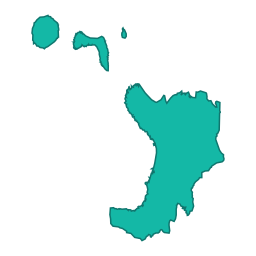 the district of Kota Manado, Sulawesi Utara, Indonesia
{"feature_id": "22746128B83673204362612", "entity_name": "Kota Manado", "entity_type": "district", "adm_level": 2, "iso_a3": "IDN", "parent_name": "Indonesia", "parent_adm1": "Sulawesi Utara", "projection": "equal_earth", "projection_center": [124.782, 1.539], "detail": "fine", "context": "isolated", "style": "filled", "palette": "teal", "viewbox_px": 256, "rotation_deg": 0, "n_neighbors": 0, "source": "geoboundaries", "source_scale": "gbopen_adm2", "svg_char_len": 5770}
<svg xmlns="http://www.w3.org/2000/svg" viewBox="0 0 256 256"><path d="M192.0,210.9L193.6,206.1L192.7,201.9L193.2,198.6L192.2,197.3L192.4,195.7L192.1,194.0L192.4,192.3L191.2,190.6L191.5,188.2L192.4,188.0L193.2,185.6L193.8,185.3L193.9,184.0L195.5,181.8L198.6,179.3L199.5,177.7L201.8,177.6L201.8,172.5L205.1,171.0L208.5,170.7L210.6,167.5L211.4,167.3L211.4,166.7L212.0,165.9L216.6,162.9L222.1,161.8L223.6,160.5L224.0,158.9L223.4,156.6L223.5,154.7L221.4,153.1L219.5,150.2L215.7,139.3L216.0,136.8L217.0,136.0L216.6,134.0L217.6,133.6L219.2,130.1L219.6,113.0L220.2,112.5L220.1,111.5L219.7,110.9L219.9,102.5L216.8,101.3L215.8,101.9L215.5,103.8L216.2,104.4L216.7,107.1L215.6,107.1L212.5,104.0L210.9,100.7L208.6,100.9L206.8,98.7L207.0,96.7L206.5,93.5L206.0,92.8L200.4,91.0L197.8,92.2L196.2,92.0L195.6,97.7L192.6,97.5L190.7,96.2L190.5,97.6L189.9,97.5L189.1,96.5L189.5,94.8L188.4,92.2L186.6,93.1L185.3,94.7L185.0,94.2L185.1,92.5L184.8,93.5L183.2,93.2L180.9,95.1L182.0,92.9L181.7,91.1L179.7,92.8L177.3,93.3L176.8,94.7L175.2,94.7L173.1,95.6L170.6,98.1L166.8,103.2L165.7,101.0L164.6,95.7L163.8,95.4L161.0,99.8L156.7,102.3L155.6,102.2L151.6,99.8L147.7,95.7L145.1,92.9L139.4,84.6L138.6,86.2L138.1,83.8L136.6,84.0L136.8,85.0L137.3,85.2L136.9,85.6L136.3,84.0L135.6,84.0L135.0,84.6L135.3,84.7L135.0,85.6L133.9,85.4L133.1,86.1L133.4,87.3L131.9,86.9L131.5,86.3L131.6,87.7L130.9,88.4L131.2,88.7L130.1,89.6L130.0,88.7L129.5,88.7L129.1,86.8L128.8,87.0L128.8,88.5L126.8,90.2L126.8,91.1L127.4,90.9L127.2,91.7L128.3,92.3L128.1,92.8L127.0,92.1L126.2,94.2L126.5,94.3L125.5,95.4L126.3,97.3L125.6,97.0L125.0,98.9L126.1,101.1L124.7,102.8L126.0,104.2L126.6,104.2L126.2,105.5L126.8,107.4L127.9,108.3L128.2,109.5L127.9,110.1L129.5,112.0L129.5,112.9L130.6,113.1L132.2,115.4L132.7,115.2L132.3,116.2L132.6,117.0L134.2,116.8L134.1,118.1L134.8,119.0L135.0,120.3L135.8,120.1L136.3,121.3L136.9,121.1L137.9,122.7L138.8,123.3L138.6,124.4L140.4,128.5L141.4,128.3L142.8,130.0L144.2,130.1L145.2,131.8L146.9,131.6L147.7,133.2L146.9,133.8L147.4,133.5L147.6,134.2L148.0,134.2L148.1,135.0L149.3,136.0L150.0,137.5L150.3,137.0L150.4,138.4L151.4,138.6L150.9,139.2L151.6,139.3L151.6,138.8L152.1,138.8L152.3,139.6L152.8,139.3L153.2,139.7L154.9,143.4L152.8,144.0L153.7,143.9L153.9,145.4L154.6,145.2L154.4,143.8L155.2,143.6L155.2,144.2L154.7,144.2L155.4,144.9L156.4,148.5L156.5,152.9L154.8,163.0L153.5,168.3L153.2,168.8L152.4,168.3L151.7,168.8L153.0,168.9L153.2,169.5L152.6,171.0L151.8,170.8L153.4,171.5L154.0,171.3L154.1,172.4L152.9,172.3L152.6,173.4L152.4,173.2L152.6,172.2L151.7,171.7L152.1,172.1L152.0,172.9L151.7,173.6L151.3,173.5L150.0,178.1L149.4,177.8L149.8,178.6L149.1,181.2L148.9,180.5L147.5,183.1L147.2,182.4L147.4,181.7L146.9,182.8L145.9,182.4L145.2,183.0L145.3,183.8L146.7,185.1L147.1,186.3L147.8,189.5L147.1,192.4L147.9,193.9L147.0,194.3L145.5,196.0L145.2,198.7L145.6,198.3L146.0,199.1L145.6,200.1L145.2,199.8L145.3,201.0L144.2,201.0L142.6,203.4L142.5,204.3L143.2,205.2L142.7,206.1L142.1,205.3L142.3,204.8L140.3,206.5L138.8,206.3L137.9,207.0L138.6,208.2L136.8,208.6L135.3,210.4L135.1,210.1L134.3,211.0L133.3,210.5L131.3,211.1L130.8,209.9L128.3,209.7L128.2,210.3L126.4,208.8L122.1,209.2L120.2,208.8L119.4,209.1L119.1,208.7L117.3,209.3L116.0,208.6L114.8,208.7L113.6,207.7L110.4,208.0L109.9,214.7L110.6,218.8L110.8,223.6L113.0,226.2L118.6,226.9L119.8,227.8L122.4,228.4L126.7,231.3L126.6,232.6L131.0,233.4L134.7,237.4L140.3,238.5L142.0,240.6L145.1,239.0L146.5,236.4L147.7,235.9L148.7,234.5L150.1,235.0L150.5,236.8L151.1,237.1L151.9,235.9L152.7,235.7L153.2,234.3L155.9,233.0L158.1,233.0L159.6,231.9L160.0,230.5L161.1,229.6L162.1,230.0L163.0,231.5L164.3,232.5L169.1,233.1L169.7,230.7L169.0,225.2L169.1,222.8L169.8,220.7L170.7,220.0L174.1,221.4L175.5,218.8L176.2,215.0L176.2,209.0L176.7,206.9L176.5,205.3L177.0,205.1L177.7,203.4L180.0,204.1L181.0,206.1L182.8,206.6L182.4,208.4L183.6,208.8L184.0,207.3L185.7,207.2L184.6,210.3L186.4,211.0L186.0,212.7L187.0,213.3L187.3,215.4L188.3,215.1L189.5,213.4L189.9,211.3L192.0,210.9ZM48.4,16.4L48.0,15.4L43.9,16.9L40.0,17.2L36.9,19.9L35.3,22.2L34.2,22.8L33.9,25.3L32.5,28.4L32.0,33.1L32.9,35.0L32.7,40.2L33.5,41.0L33.6,43.7L34.6,43.0L35.9,44.2L36.8,46.0L38.4,46.1L40.0,47.5L43.1,47.9L44.4,48.8L45.6,47.5L47.6,46.7L54.3,41.8L55.8,40.2L56.7,38.4L57.4,38.4L57.9,37.2L58.5,37.1L58.2,30.6L58.7,30.2L58.7,29.0L58.1,26.0L58.4,25.1L58.0,24.9L57.9,23.8L57.2,22.7L57.5,24.0L57.1,22.7L54.0,20.3L53.0,18.8L50.9,17.7L50.6,16.7L48.4,16.4ZM79.9,31.5L79.7,32.2L78.0,32.5L76.9,34.0L76.3,33.6L76.1,34.3L75.8,34.2L75.8,35.4L75.4,35.4L75.1,36.9L74.4,37.6L74.6,38.7L73.8,39.6L74.4,40.9L74.0,40.9L74.1,42.3L73.7,42.3L74.0,42.5L73.4,43.8L73.9,45.8L74.3,46.2L73.6,47.1L73.9,48.1L75.3,49.2L75.8,48.7L74.9,48.4L75.2,48.0L75.8,48.6L76.0,49.2L76.0,48.8L76.2,49.2L77.1,49.0L77.1,48.8L76.5,49.0L75.9,48.6L77.8,48.5L80.2,47.2L81.2,46.4L80.9,45.7L81.4,46.3L81.8,45.7L82.3,46.0L81.8,45.3L82.0,45.1L82.4,45.2L82.6,46.3L82.4,45.2L84.2,46.7L84.9,46.1L86.2,46.5L86.8,45.6L87.9,44.9L88.5,45.2L88.7,44.6L88.9,45.1L90.7,45.2L91.6,45.2L92.1,44.6L92.3,45.0L94.7,44.8L96.8,46.8L99.3,52.0L99.3,54.5L100.3,58.5L99.9,59.8L100.7,61.8L100.4,62.0L101.0,62.2L100.8,62.8L101.8,64.2L101.3,64.7L102.9,66.6L102.4,65.3L105.3,69.3L106.9,70.6L108.2,70.7L108.3,65.0L108.0,64.4L108.2,63.4L107.6,60.3L107.9,59.4L107.6,59.3L107.6,58.4L108.0,57.9L107.5,57.5L107.7,56.8L107.4,56.6L108.4,55.4L107.8,54.5L108.5,52.7L108.1,52.4L107.6,49.1L106.7,47.7L106.7,45.9L104.9,41.5L105.2,41.2L104.8,41.1L104.8,40.2L103.5,37.5L101.7,36.4L97.6,38.4L90.2,38.0L85.6,35.9L83.9,34.2L82.8,34.0L82.9,33.4L81.3,31.9L80.9,32.3L81.1,33.0L80.5,32.9L80.0,32.2L80.8,31.8L79.9,31.5ZM123.0,28.0L122.4,28.9L123.0,31.2L121.9,33.0L121.8,35.1L122.4,37.4L125.0,38.1L126.2,36.5L126.2,33.8L124.5,29.9L123.5,29.2L123.0,28.0Z" fill="#14b8a6" stroke="#0f766e" stroke-width="1.5"/></svg>